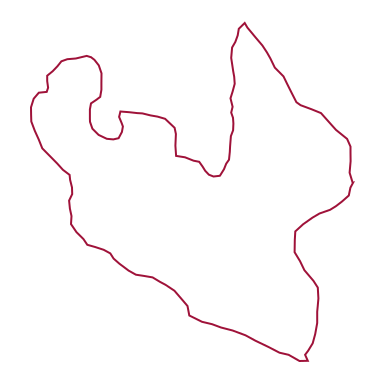 Gadabay District, Gədəbəy, Azerbaijan
{"feature_id": "54616110B46799199998097", "entity_name": "Gadabay District", "entity_type": "district", "adm_level": 2, "iso_a3": "AZE", "parent_name": "Azerbaijan", "parent_adm1": "Gədəbəy", "projection": "robinson", "projection_center": [45.649, 40.556], "detail": "fine", "context": "isolated", "style": "outline", "palette": "rose", "viewbox_px": 384, "rotation_deg": 0, "n_neighbors": 0, "source": "geoboundaries", "source_scale": "gbopen_adm2", "svg_char_len": 2124}
<svg xmlns="http://www.w3.org/2000/svg" viewBox="0 0 384 384"><path d="M244.7,23.0L238.8,28.8L237.7,35.4L235.3,42.0L232.1,47.5L231.2,57.9L233.2,71.2L234.2,76.8L234.7,83.8L232.6,91.6L230.5,98.3L232.6,106.8L231.2,112.6L233.0,117.8L233.4,123.5L233.1,130.3L230.9,136.1L230.1,146.2L229.8,152.0L229.0,159.7L226.2,163.7L224.0,169.2L220.2,175.3L219.8,175.8L213.5,176.5L208.9,174.7L205.2,170.8L202.6,166.6L199.2,161.8L193.6,160.7L185.0,157.3L176.1,155.9L175.4,145.7L175.9,134.0L174.6,127.8L169.1,122.6L165.1,118.8L157.5,116.6L150.5,115.4L142.4,113.4L137.3,113.1L129.2,112.2L120.4,111.5L119.7,114.5L119.1,116.9L121.7,123.2L122.8,126.2L122.9,126.5L121.9,132.0L118.6,138.2L113.3,139.4L106.8,138.8L98.6,134.9L92.4,128.7L90.0,121.8L89.9,118.7L89.9,116.3L89.9,109.4L91.0,103.4L96.8,99.5L97.4,99.0L100.2,96.9L101.4,89.8L101.4,82.6L101.5,73.3L98.8,65.4L94.4,59.8L93.6,59.2L90.9,57.1L90.6,57.1L86.7,55.9L75.8,58.5L67.3,59.2L61.4,61.3L57.4,66.3L52.7,71.2L47.2,75.7L47.2,81.1L48.1,87.7L46.7,91.9L38.8,92.7L33.7,98.7L31.0,107.3L31.1,114.9L31.3,121.5L34.8,130.8L38.7,139.4L42.3,148.4L51.8,158.0L57.3,163.6L62.9,169.8L69.6,174.9L70.1,179.8L72.0,187.5L72.2,194.1L69.1,200.6L69.9,208.6L71.5,216.1L71.0,224.1L76.5,232.2L83.4,239.0L87.3,244.8L95.1,247.0L103.7,249.8L110.3,253.4L113.6,258.6L119.4,263.7L128.6,270.6L135.9,274.7L143.8,275.9L152.6,277.4L159.9,281.8L165.5,284.8L174.4,290.7L182.5,300.1L187.5,306.0L189.3,315.5L202.0,321.8L212.1,324.2L221.0,327.5L232.6,330.5L245.5,335.3L255.4,340.7L268.1,346.8L279.5,352.7L288.6,354.8L299.5,361.0L307.8,360.8L305.1,354.8L308.1,350.8L312.7,343.3L315.2,334.1L317.2,323.0L317.2,311.7L317.7,306.5L318.4,298.5L317.8,287.6L313.5,280.9L304.4,270.2L300.0,261.1L294.6,252.2L294.8,239.9L295.3,231.4L303.2,224.2L312.4,217.7L319.5,213.5L330.1,209.8L335.9,206.2L341.9,201.6L348.8,195.5L350.4,187.7L353.0,182.8L352.7,182.9L349.6,172.7L350.6,161.2L350.5,152.6L350.5,146.6L347.1,138.9L336.0,129.9L331.6,125.0L321.0,113.1L311.4,109.2L300.6,105.2L296.4,102.2L291.6,92.8L287.0,83.6L283.5,76.4L274.8,67.6L270.4,58.5L267.0,52.5L262.4,45.5L255.7,37.6L247.4,27.6L244.7,23.0Z" fill="none" stroke="#9f1239" stroke-width="2"/></svg>